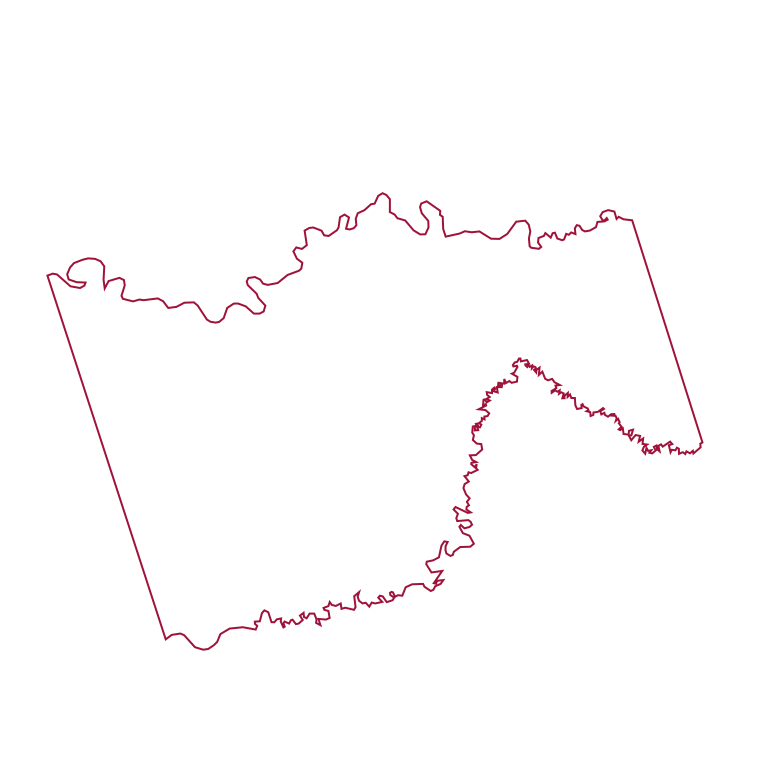 outline of Puerto Arica, Amazonas, Colombia, rotated 162°
{"feature_id": "7082276B12752174373355", "entity_name": "Puerto Arica", "entity_type": "district", "adm_level": 2, "iso_a3": "COL", "parent_name": "Colombia", "parent_adm1": "Amazonas", "projection": "mercator", "projection_center": [-71.635, -1.936], "detail": "fine", "context": "isolated", "style": "outline", "palette": "rose", "viewbox_px": 768, "rotation_deg": 162, "n_neighbors": 0, "source": "geoboundaries", "source_scale": "gbopen_adm2", "svg_char_len": 6164}
<svg xmlns="http://www.w3.org/2000/svg" viewBox="0 0 768 768"><g transform="rotate(162 384 384)"><path d="M670.6,591.1L670.5,208.6L663.5,211.0L654.8,209.6L651.7,206.9L645.1,192.1L638.1,187.2L633.1,186.3L626.5,188.2L622.4,190.2L616.9,196.7L606.4,199.1L593.4,196.3L581.9,190.1L579.3,193.2L580.8,195.6L580.3,197.9L575.4,196.7L570.9,203.8L567.7,205.7L564.6,202.7L564.6,192.2L561.9,191.3L558.7,193.3L554.3,192.8L555.6,190.0L554.9,183.6L553.4,183.9L553.6,187.4L552.0,188.8L548.3,185.5L545.5,188.1L543.8,188.1L542.0,182.9L539.2,182.5L534.2,184.7L535.5,189.7L531.2,191.2L532.1,187.2L530.0,185.1L525.7,188.6L521.3,187.2L520.9,181.0L522.4,177.8L519.0,174.3L518.9,180.8L512.0,177.9L508.0,178.3L507.0,185.3L510.5,187.6L510.7,189.7L505.5,190.0L503.0,193.4L501.9,190.0L498.4,187.8L493.0,188.6L493.9,183.3L490.0,183.2L482.3,178.5L480.0,180.6L477.9,191.4L472.0,193.8L474.8,189.8L474.7,185.5L472.3,182.0L469.0,181.6L466.8,176.8L463.2,179.9L460.2,178.0L453.0,177.3L455.5,182.6L453.4,183.9L450.8,182.4L448.8,175.7L442.7,175.7L440.3,177.6L443.2,181.4L442.9,183.4L441.2,184.0L439.9,183.1L439.2,178.3L436.0,178.8L432.0,177.0L426.2,184.0L419.1,184.8L408.6,181.8L408.2,178.7L403.5,172.7L400.7,173.0L397.8,175.8L391.9,176.4L388.2,179.2L394.1,180.4L396.3,178.0L398.2,179.2L386.4,188.2L397.1,190.1L399.5,199.6L398.2,201.8L391.8,201.1L385.3,202.2L379.3,212.5L375.3,215.7L372.3,214.1L375.6,210.6L376.9,206.8L377.0,203.5L374.0,200.0L371.5,200.1L369.4,202.9L361.9,205.4L352.2,202.6L347.9,204.3L349.6,213.3L355.1,217.8L356.4,224.9L354.5,226.2L352.1,221.9L346.8,221.6L343.8,222.9L344.2,226.2L345.9,228.5L356.7,231.0L356.7,234.1L353.8,237.7L356.6,243.2L354.0,244.9L344.1,235.5L341.2,235.1L344.4,239.2L343.4,241.5L340.7,242.4L341.6,246.3L337.9,248.8L340.1,253.6L340.6,260.5L338.2,263.9L333.5,265.0L335.9,271.5L332.6,271.4L330.9,273.9L328.6,272.4L321.5,273.4L322.5,275.5L320.6,279.1L323.5,276.9L325.8,280.9L325.2,282.0L320.5,281.3L323.6,284.5L324.4,289.6L318.6,288.0L310.8,291.4L310.1,296.8L314.2,298.7L316.8,303.3L314.3,307.5L315.1,310.4L312.7,316.1L310.5,315.9L311.9,311.8L308.7,311.0L308.9,317.7L307.5,317.5L307.5,313.7L306.1,313.1L304.0,315.3L305.8,317.5L302.4,318.6L301.5,321.3L299.3,319.3L298.6,322.0L295.4,321.5L293.0,323.6L295.6,327.9L301.8,330.7L293.5,332.0L293.5,333.4L296.4,333.1L294.2,338.3L293.0,338.2L292.0,334.8L288.5,335.6L291.3,338.1L287.5,339.0L289.3,341.8L288.8,344.5L284.1,342.0L283.0,345.3L280.1,346.5L279.6,345.3L281.9,343.2L278.5,340.8L277.6,346.2L273.0,344.6L272.2,346.4L275.8,347.7L274.8,349.8L269.6,347.2L268.1,351.6L267.6,347.2L263.9,348.1L262.2,345.7L256.8,345.2L254.9,349.6L259.2,354.3L256.7,354.5L251.8,359.0L252.0,360.3L255.5,360.7L255.6,362.2L253.0,364.1L250.5,363.9L247.7,366.5L246.4,366.1L246.8,363.2L240.6,362.6L239.8,358.4L243.6,359.0L243.7,357.9L242.5,355.9L240.8,357.5L240.2,355.3L237.5,355.9L238.5,353.3L236.3,354.6L234.7,353.2L234.7,351.8L237.0,351.1L235.7,347.9L234.6,350.4L231.0,351.5L233.9,344.8L229.6,346.8L229.1,339.2L226.8,336.8L222.5,336.9L221.3,333.0L217.1,328.7L221.4,329.5L221.4,326.8L226.7,325.6L227.2,323.8L223.2,325.1L221.5,323.1L218.9,323.7L220.5,320.6L218.1,321.4L216.0,319.5L218.8,315.3L216.7,314.7L216.0,317.0L211.9,318.7L213.3,315.0L210.3,316.5L210.2,312.8L206.8,311.7L208.6,304.5L208.1,300.6L203.5,300.0L202.8,303.1L201.4,303.5L201.1,301.0L197.8,297.8L197.6,295.9L199.7,295.5L196.6,293.5L197.4,289.7L194.5,289.9L193.6,292.2L189.2,291.4L183.1,293.4L182.5,292.3L186.7,291.3L186.7,287.9L183.3,288.5L183.5,286.5L181.1,283.7L177.4,285.1L174.2,284.3L174.4,283.2L176.0,284.4L177.7,283.8L173.6,282.1L173.3,279.5L174.9,277.3L172.1,278.5L171.7,274.8L172.8,274.1L171.3,269.9L174.8,268.3L173.6,267.1L170.6,268.0L171.6,262.4L167.0,260.3L165.4,263.8L161.3,263.6L164.6,258.7L167.1,259.3L166.2,254.1L160.5,257.7L156.5,255.5L159.6,250.4L154.4,252.1L156.6,247.1L152.5,245.1L156.2,244.0L158.8,241.0L157.1,237.0L154.1,242.1L153.5,238.8L150.3,238.4L152.8,236.6L150.4,235.1L146.1,236.8L146.8,240.8L143.8,241.3L144.4,237.5L142.7,234.8L142.2,240.3L139.2,241.0L138.3,238.3L129.7,240.8L128.4,237.8L132.0,237.7L132.6,230.5L130.7,232.5L127.3,230.9L125.1,232.9L123.6,231.3L125.0,226.4L120.9,226.8L119.1,224.3L117.2,226.5L114.4,223.5L110.9,225.0L111.2,222.3L102.5,225.9L101.6,229.5L99.2,230.0L97.4,463.0L105.4,466.7L109.1,470.5L111.8,469.1L111.6,476.8L117.1,480.1L122.9,479.9L126.5,476.8L125.5,472.1L123.6,471.5L120.9,473.0L120.5,471.2L124.1,470.5L130.9,472.2L133.9,467.7L140.7,466.3L145.7,467.0L147.9,469.2L149.2,474.1L151.6,475.5L154.4,473.1L155.6,467.4L159.1,470.3L162.1,468.8L164.3,470.5L168.1,465.8L170.1,465.7L174.2,468.8L174.7,475.1L177.0,475.3L180.2,471.7L183.9,477.7L186.2,475.4L191.9,475.1L193.8,471.0L192.1,465.8L194.9,464.7L201.9,468.1L202.9,470.1L201.2,477.6L197.7,483.9L197.1,490.8L199.2,495.7L208.1,497.5L220.4,488.6L229.3,486.3L237.3,489.1L246.1,499.6L253.7,501.2L259.9,504.3L265.5,503.7L279.8,505.1L279.8,513.1L276.5,524.9L278.5,527.6L277.0,531.3L287.0,544.6L292.9,544.1L295.1,541.0L295.3,534.7L291.5,525.4L293.3,519.1L298.4,513.6L303.4,515.1L308.4,521.0L313.3,533.0L320.0,537.5L321.6,542.0L325.3,545.7L321.3,557.9L323.3,563.0L326.4,565.9L331.4,564.7L337.2,558.4L340.7,559.0L348.8,555.4L356.2,554.5L359.8,549.9L361.2,543.5L364.7,541.5L369.0,541.6L372.1,543.4L365.8,553.2L369.2,557.3L374.3,556.2L378.8,547.0L381.2,544.8L390.8,541.9L395.0,543.9L396.0,549.1L402.9,554.7L406.9,555.5L412.1,554.4L414.5,539.9L420.3,537.8L425.2,541.0L429.2,538.1L428.1,530.1L424.2,524.5L427.0,519.3L429.9,518.0L442.0,517.5L453.9,512.9L464.0,514.2L468.0,516.8L469.5,521.6L473.7,525.6L480.2,526.7L482.9,523.9L483.0,520.1L477.2,509.1L477.0,504.8L472.6,495.2L476.0,490.2L480.5,489.4L486.0,491.2L491.5,500.6L497.9,505.6L502.0,506.9L509.6,504.8L516.1,496.2L521.5,494.0L525.1,494.4L529.8,496.8L532.5,500.0L537.0,516.3L539.6,520.4L548.8,523.0L557.7,521.5L565.7,523.0L568.5,531.0L572.7,535.3L586.7,538.0L590.5,539.9L597.1,540.1L606.0,545.7L606.4,549.0L600.1,557.9L599.2,563.2L602.8,566.7L614.1,567.0L620.1,561.2L618.5,569.8L613.7,582.3L615.6,588.3L620.1,592.3L626.6,594.9L632.2,595.3L641.5,594.8L646.6,591.8L651.4,586.3L651.6,580.9L644.8,575.8L636.5,572.7L638.5,570.2L643.4,569.2L652.0,573.8L661.1,589.2L664.9,591.3L670.6,591.1Z" fill="none" stroke="#9f1239" stroke-width="2"/></g></svg>